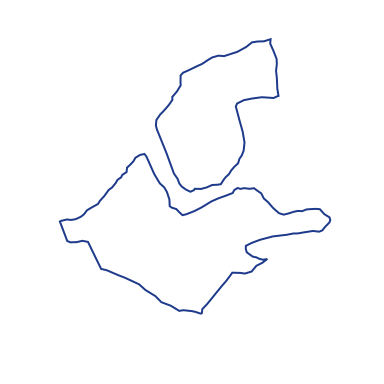 Nacka, Stockholm, Sweden (Albers equal-area conic projection), rotated 336°
{"feature_id": "70781695B29923564052107", "entity_name": "Nacka", "entity_type": "district", "adm_level": 2, "iso_a3": "SWE", "parent_name": "Sweden", "parent_adm1": "Stockholm", "projection": "albers", "projection_center": [18.245, 59.301], "detail": "fine", "context": "isolated", "style": "outline", "palette": "blue", "viewbox_px": 384, "rotation_deg": 336, "n_neighbors": 0, "source": "geoboundaries", "source_scale": "gbopen_adm2", "svg_char_len": 2524}
<svg xmlns="http://www.w3.org/2000/svg" viewBox="0 0 384 384"><g transform="rotate(336 192 192)"><path d="M233.6,283.8L233.0,283.7L229.4,282.8L226.4,280.5L224.2,277.9L221.2,275.7L219.3,272.5L217.5,269.3L218.0,265.8L219.3,263.1L225.5,262.8L234.5,263.3L242.5,264.6L247.6,265.4L256.0,268.0L260.7,269.5L268.0,271.2L271.5,272.8L277.5,274.3L286.7,276.8L291.9,279.9L295.3,280.1L299.6,277.9L305.0,275.8L306.9,273.9L307.3,271.1L303.9,266.1L301.8,259.7L298.3,257.8L293.2,255.8L289.5,254.5L284.8,254.3L280.9,252.3L277.1,251.5L271.1,250.8L266.6,250.0L262.9,246.8L259.7,239.9L257.3,232.1L255.0,227.2L254.7,221.4L252.8,218.4L250.2,213.8L245.9,212.5L241.2,209.7L237.6,208.9L235.2,206.9L231.5,207.4L228.7,209.5L221.2,209.1L213.3,208.5L205.7,208.5L198.2,209.5L193.9,210.0L186.2,210.4L177.6,210.0L173.9,209.3L172.2,205.4L170.7,201.2L167.0,197.9L165.9,195.8L168.3,189.7L169.1,181.8L168.5,176.4L166.1,171.0L164.8,160.3L164.8,148.0L164.8,141.1L164.0,137.9L159.6,137.0L154.3,137.7L151.0,140.1L146.5,142.0L142.6,143.3L140.3,147.2L135.3,148.0L133.2,149.8L128.9,150.6L125.9,152.8L120.7,155.4L116.8,156.2L114.2,157.7L110.1,160.1L104.1,162.7L101.3,164.7L94.4,165.3L88.6,166.0L84.3,168.4L80.5,169.4L74.7,169.5L70.3,168.4L66.5,166.2L60.9,165.2L59.3,165.2L58.1,186.0L60.4,188.5L66.3,190.9L72.0,192.0L76.7,195.3L77.0,205.5L77.7,225.3L82.3,228.8L90.9,238.1L95.9,243.1L101.3,249.3L106.1,254.8L109.6,262.6L116.2,272.2L119.2,280.2L126.3,287.2L132.0,295.4L136.1,296.5L143.5,300.8L146.6,303.1L148.7,305.1L150.6,306.7L151.7,306.7L153.8,303.2L160.3,300.5L172.3,294.4L181.0,290.0L187.2,287.1L191.9,284.5L196.0,282.1L203.3,285.6L207.1,288.0L214.1,288.9L220.8,285.6L227.5,285.3L233.6,283.8ZM325.9,84.4L324.5,84.2L319.0,83.6L313.2,81.2L307.7,79.7L300.7,81.5L290.6,82.4L276.5,80.9L271.6,78.2L265.2,77.3L260.2,77.9L253.4,79.1L248.4,79.1L238.1,79.4L232.4,79.4L229.0,80.9L226.3,86.7L225.0,90.0L219.0,94.1L212.7,97.1L211.5,99.9L206.2,103.1L198.5,106.7L194.4,108.3L188.8,111.7L186.1,116.5L185.4,120.3L184.5,146.1L183.0,167.8L184.2,173.9L183.9,179.1L184.8,182.8L187.5,187.4L190.6,191.1L194.6,191.1L195.8,190.2L201.6,192.9L207.4,193.8L213.3,193.8L218.2,195.7L221.5,196.6L226.7,193.2L229.2,192.0L232.9,190.8L236.5,188.3L240.8,186.2L245.7,184.6L248.8,181.0L252.4,178.8L256.1,175.1L260.1,168.1L262.8,157.7L264.4,146.7L266.8,131.7L269.2,129.5L276.9,129.2L285.1,131.1L294.3,133.8L299.5,136.5L304.7,139.3L309.6,139.3L310.1,139.4L312.0,132.2L315.8,122.6L318.1,115.4L321.5,109.7L323.4,104.9L323.8,96.3L323.8,88.2L325.9,84.4Z" fill="none" stroke="#1e3a8a" stroke-width="2"/></g></svg>